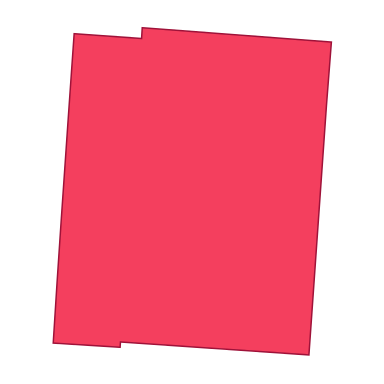 the district of Jasper, Iowa, United States of America, rotated 94°
{"feature_id": "52423323B7316814812014", "entity_name": "Jasper", "entity_type": "district", "adm_level": 2, "iso_a3": "USA", "parent_name": "United States of America", "parent_adm1": "Iowa", "projection": "albers", "projection_center": [-93.033, 41.685], "detail": "fine", "context": "isolated", "style": "filled", "palette": "rose", "viewbox_px": 384, "rotation_deg": 94, "n_neighbors": 0, "source": "geoboundaries", "source_scale": "gbopen_adm2", "svg_char_len": 318}
<svg xmlns="http://www.w3.org/2000/svg" viewBox="0 0 384 384"><g transform="rotate(94 192 192)"><path d="M352.4,319.9L351.9,252.9L346.6,252.9L346.4,64.0L95.3,63.9L32.7,63.4L31.6,253.1L42.4,253.0L42.3,320.6L123.7,320.6L227.8,320.5L290.1,320.3L352.4,319.9Z" fill="#f43f5e" stroke="#9f1239" stroke-width="1.5"/></g></svg>